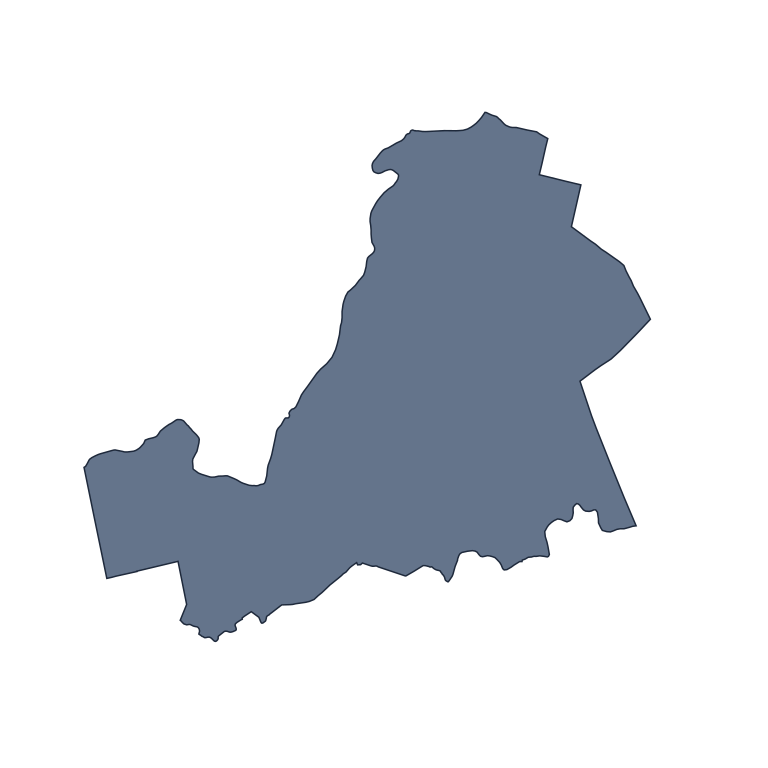 Cocorastii Colt, Prahova, Romania (Robinson projection), rotated 282°
{"feature_id": "2599482B14880715488438", "entity_name": "Cocorastii Colt", "entity_type": "district", "adm_level": 2, "iso_a3": "ROU", "parent_name": "Romania", "parent_adm1": "Prahova", "projection": "robinson", "projection_center": [25.886, 44.846], "detail": "fine", "context": "isolated", "style": "filled", "palette": "slate", "viewbox_px": 768, "rotation_deg": 282, "n_neighbors": 0, "source": "geoboundaries", "source_scale": "gbopen_adm2", "svg_char_len": 6123}
<svg xmlns="http://www.w3.org/2000/svg" viewBox="0 0 768 768"><g transform="rotate(282 384 384)"><path d="M297.7,660.1L322.4,642.8L353.8,621.5L385.0,600.7L396.1,593.6L427.5,575.1L441.5,587.2L446.8,592.1L455.7,601.0L466.0,608.3L486.7,621.4L502.7,631.1L521.4,616.5L525.4,613.2L530.3,608.8L531.5,607.7L536.5,604.3L539.9,601.3L545.0,597.2L549.8,594.0L552.5,589.0L559.1,573.6L561.0,568.6L564.7,561.8L567.0,556.1L576.8,534.6L619.7,535.2L620.1,519.7L621.0,492.4L632.3,492.7L649.6,492.9L658.1,493.2L661.0,484.1L662.4,480.9L662.2,471.1L662.3,466.3L662.4,460.1L661.8,457.0L661.6,456.2L661.5,454.3L661.6,453.0L662.4,449.2L663.5,447.2L666.6,442.8L667.3,441.3L668.5,439.5L669.0,438.3L669.4,433.7L670.0,430.9L670.8,427.7L670.7,426.3L665.1,424.0L661.4,422.0L658.2,420.0L655.8,418.0L653.5,415.9L650.7,412.6L648.6,408.6L647.4,404.5L646.7,401.9L644.4,390.5L640.2,374.7L639.6,372.3L639.0,369.2L638.7,364.7L638.2,362.5L638.3,362.0L638.1,361.2L638.4,359.3L638.2,358.7L637.6,357.9L637.0,357.4L635.8,357.2L634.9,357.0L634.4,356.6L634.0,356.1L633.6,355.1L632.8,354.3L631.9,353.7L629.7,353.1L627.9,352.3L625.6,350.5L622.2,346.0L615.9,339.1L614.1,336.2L612.9,334.8L611.4,333.7L609.0,332.3L602.6,329.2L599.6,327.5L597.3,326.9L595.2,326.9L592.7,327.7L590.7,328.7L589.5,329.9L588.9,332.0L588.7,334.4L589.4,336.3L590.5,338.1L592.7,340.7L594.6,344.0L595.2,345.8L595.2,347.1L594.8,348.7L592.3,353.8L591.6,354.6L590.5,355.0L587.4,355.0L584.5,354.1L583.6,353.5L581.1,352.5L579.6,351.6L578.0,350.1L575.7,347.9L571.2,344.4L566.1,341.6L562.0,339.6L558.8,338.4L552.8,336.6L550.6,336.0L548.2,335.7L543.0,336.0L540.0,336.6L536.1,338.1L531.8,339.4L528.0,340.2L524.3,341.3L520.0,342.8L516.7,345.7L515.1,346.6L513.4,346.9L512.1,346.9L511.1,346.6L509.2,345.6L505.5,342.6L503.7,341.7L500.3,341.6L495.2,342.1L489.5,341.9L486.1,341.4L481.8,339.1L480.4,338.2L474.5,335.5L468.6,331.4L466.5,329.6L462.0,328.2L456.4,327.5L453.3,327.4L446.3,327.9L440.2,329.2L435.3,329.7L432.0,329.4L422.8,330.2L413.5,330.0L407.5,329.5L399.3,327.6L391.8,323.7L385.5,319.0L380.5,316.1L365.5,309.6L359.9,307.0L356.1,305.5L349.3,304.1L343.4,302.6L341.9,301.6L341.1,300.9L340.3,299.3L339.6,298.7L338.0,297.7L337.0,297.4L335.7,297.1L333.8,298.1L332.8,298.2L331.5,297.9L331.0,297.5L330.7,296.5L330.4,295.0L330.0,294.5L328.6,293.8L322.7,292.0L318.7,289.7L316.6,289.0L315.2,288.8L308.2,288.9L291.8,288.9L287.6,288.6L280.6,287.6L277.5,287.6L269.7,288.4L263.4,288.1L261.9,287.6L260.9,286.4L260.0,284.1L258.5,282.0L257.8,280.0L257.7,278.2L257.2,276.2L256.9,273.1L257.6,266.8L258.1,264.4L259.6,260.0L260.3,257.0L261.6,250.0L261.3,248.2L260.3,244.9L259.5,241.4L257.7,237.5L257.0,234.6L256.9,233.1L257.7,224.5L258.3,221.0L260.9,215.3L261.7,214.7L263.6,214.3L268.5,212.8L270.9,212.6L276.3,214.1L279.1,215.0L281.8,215.1L288.0,215.2L291.5,214.8L293.0,213.9L294.7,211.9L295.6,210.7L298.2,206.5L299.7,204.8L301.2,202.6L302.3,201.4L302.6,200.7L303.1,199.8L306.0,196.0L306.3,195.4L306.6,194.3L306.8,193.4L306.8,192.2L306.3,189.4L305.7,188.4L304.8,187.4L304.3,187.0L301.8,184.6L300.8,183.5L299.9,182.3L297.6,180.1L295.5,178.2L291.5,175.1L290.1,174.5L287.9,173.7L285.8,172.6L284.8,171.6L283.4,169.3L281.5,165.2L279.5,162.1L275.8,161.3L271.6,158.9L270.2,157.9L267.9,155.6L267.1,154.5L266.2,153.0L264.2,147.2L263.8,145.4L263.6,144.3L263.7,142.2L263.6,134.7L263.2,133.4L262.0,131.0L256.8,121.1L255.6,119.1L253.6,116.4L251.3,113.6L249.3,111.8L248.2,111.3L244.5,110.3L241.3,109.2L240.1,107.9L194.2,127.9L136.2,153.3L138.3,157.9L140.3,161.8L149.2,181.3L149.5,181.1L167.7,219.4L127.3,236.8L110.5,233.8L110.2,234.5L108.7,236.5L107.7,238.2L107.4,241.1L108.2,243.1L108.4,244.0L108.4,244.7L107.6,247.8L107.5,249.8L107.6,251.0L107.5,252.0L107.3,252.6L106.7,253.4L105.8,254.2L104.7,254.7L103.9,255.0L101.5,254.9L100.9,254.9L100.7,255.1L100.2,256.7L99.3,258.5L99.2,259.6L98.6,261.1L98.8,262.3L99.8,264.5L100.1,266.1L99.5,267.9L97.4,271.2L97.2,271.8L97.2,272.7L97.4,273.1L98.1,273.8L99.5,274.6L100.8,274.7L102.3,274.3L103.0,274.5L108.8,279.3L109.3,280.5L109.4,281.0L109.5,282.2L109.2,284.3L109.3,285.3L109.5,286.0L110.3,287.6L112.1,290.1L112.8,290.5L113.6,290.4L114.6,290.0L116.4,288.8L117.0,288.5L118.2,288.4L118.6,288.6L120.2,289.7L123.5,293.1L124.4,294.3L125.6,293.9L125.9,294.1L127.9,295.8L133.7,301.5L129.8,310.1L127.9,311.4L125.5,313.0L125.0,313.8L124.7,313.9L124.8,314.7L125.1,315.3L127.4,317.3L128.0,317.5L130.1,317.6L131.8,317.5L133.0,318.1L134.4,319.7L136.0,320.7L136.4,321.2L145.4,328.8L146.7,330.0L148.7,338.2L149.4,340.5L150.7,343.3L154.1,352.6L155.8,356.2L158.7,360.4L163.4,363.7L167.1,366.7L176.3,373.0L184.0,379.3L187.7,382.2L190.0,383.7L192.1,385.9L197.0,388.6L198.7,389.9L201.3,392.2L203.6,394.4L201.6,395.8L202.4,398.7L204.4,400.1L203.4,408.7L203.3,410.4L203.6,411.8L204.3,413.8L204.4,414.8L203.9,416.5L200.7,444.5L200.8,445.3L207.0,452.2L214.5,460.0L214.9,462.0L214.9,463.8L214.8,465.9L214.5,467.1L215.1,468.5L214.9,469.2L213.9,471.0L213.2,473.0L213.0,474.4L213.0,476.7L212.7,478.0L211.4,479.1L211.2,479.6L210.8,480.0L210.0,480.6L209.4,481.7L208.3,482.8L207.5,483.4L205.2,484.6L204.5,485.4L203.8,487.4L204.0,488.1L206.3,489.1L210.0,490.6L212.0,491.0L220.3,491.5L226.9,492.6L228.2,492.4L231.8,492.9L233.7,493.6L235.4,495.2L237.8,500.5L239.4,505.2L239.5,507.9L238.9,510.0L236.8,512.4L235.6,514.2L235.5,516.2L236.1,517.7L237.6,520.9L237.8,523.3L237.7,525.8L237.3,528.6L235.9,530.9L233.6,534.2L231.5,536.2L228.1,538.5L227.1,540.2L228.0,542.8L231.1,546.3L234.1,549.0L238.5,553.6L239.0,555.9L240.5,555.9L242.1,558.5L244.5,561.1L245.5,564.5L246.0,565.2L246.7,566.7L247.0,568.6L248.3,572.1L248.7,576.6L248.8,579.7L249.6,580.7L251.6,581.2L259.0,578.2L263.2,576.3L268.2,573.5L273.1,571.9L278.1,573.4L280.5,574.5L283.3,576.5L285.7,578.7L288.1,581.9L288.3,585.5L287.7,588.3L287.2,591.6L288.9,594.2L291.5,595.8L294.4,596.0L297.3,595.9L300.2,595.1L302.8,594.7L305.1,595.8L307.1,597.3L307.0,599.1L306.0,600.9L304.4,602.6L302.3,605.3L301.6,607.6L302.0,611.1L302.9,613.2L304.5,615.4L304.9,617.2L303.0,619.4L296.9,621.7L292.7,622.7L288.3,626.0L286.2,628.0L285.9,632.6L286.4,636.2L288.0,638.8L290.2,642.0L291.5,645.1L292.3,648.9L294.8,653.8L296.5,656.8L297.7,660.1Z" fill="#64748b" stroke="#1e293b" stroke-width="1.5"/></g></svg>